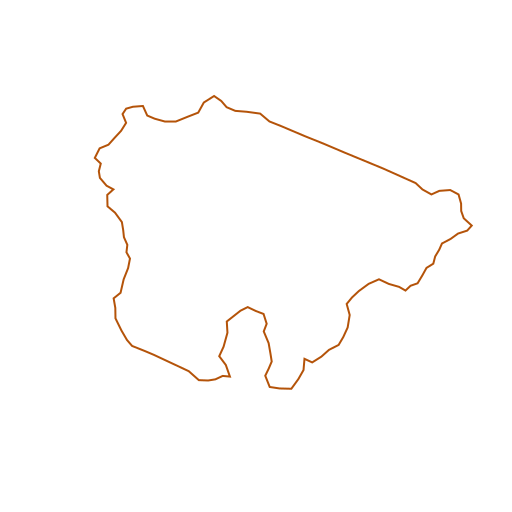 the district of Cajamar, São Paulo, Brazil, rotated 293°
{"feature_id": "56859067B74244976946556", "entity_name": "Cajamar", "entity_type": "district", "adm_level": 2, "iso_a3": "BRA", "parent_name": "Brazil", "parent_adm1": "São Paulo", "projection": "mercator", "projection_center": [-46.876, -23.354], "detail": "fine", "context": "isolated", "style": "outline", "palette": "amber", "viewbox_px": 512, "rotation_deg": 293, "n_neighbors": 0, "source": "geoboundaries", "source_scale": "gbopen_adm2", "svg_char_len": 1601}
<svg xmlns="http://www.w3.org/2000/svg" viewBox="0 0 512 512"><g transform="rotate(293 256 256)"><path d="M388.7,204.2L385.1,191.0L381.5,180.2L381.5,170.8L385.1,163.5L386.9,154.9L376.9,148.0L365.4,146.8L357.6,138.8L348.5,129.7L344.2,119.7L342.8,109.1L342.8,101.0L349.9,93.3L345.3,84.4L340.9,78.9L334.5,77.7L327.8,84.4L318.5,82.9L309.6,79.7L300.8,76.7L294.0,70.0L283.3,69.3L280.4,77.0L272.6,78.2L266.9,81.8L262.3,91.0L261.6,98.7L254.1,95.2L243.7,99.9L240.8,109.3L234.8,119.3L228.0,123.6L221.7,127.1L216.0,133.2L208.8,135.3L204.4,141.0L194.9,143.0L182.8,143.3L169.2,145.7L161.4,141.5L153.2,146.8L143.7,151.0L134.8,161.3L128.3,170.0L124.8,177.1L125.1,191.3L125.1,200.7L123.7,239.1L119.4,251.9L122.7,260.6L126.6,266.8L132.6,272.2L134.8,279.1L143.9,270.8L149.4,261.3L159.8,261.6L174.2,259.7L184.3,254.7L199.6,263.1L205.7,268.3L205.3,277.5L205.6,285.6L197.8,292.3L189.6,292.6L180.7,301.7L171.4,307.7L165.0,311.7L157.3,311.7L149.4,311.3L140.8,319.8L143.3,329.5L147.6,340.4L159.3,343.1L169.6,344.3L180.3,340.8L180.0,349.3L188.9,355.5L198.2,359.9L206.4,366.8L215.5,368.0L226.0,368.3L238.3,365.3L247.3,358.2L255.4,360.6L264.0,364.4L274.4,370.6L282.6,378.3L282.2,389.2L283.5,399.8L282.6,407.1L289.0,409.9L294.0,415.4L303.2,416.7L311.7,417.6L318.2,422.2L325.6,421.1L333.4,422.2L340.2,422.3L347.8,428.5L355.6,433.2L361.9,440.5L368.3,442.7L371.9,432.5L377.6,427.3L384.4,424.3L391.8,418.4L392.6,409.0L387.6,399.3L381.2,393.4L382.3,383.2L385.5,374.5L386.2,338.9L385.8,297.3L385.8,284.4L385.8,275.5L385.4,253.5L385.4,240.6L385.4,228.7L385.1,215.8L388.7,204.2Z" fill="none" stroke="#b45309" stroke-width="2"/></g></svg>